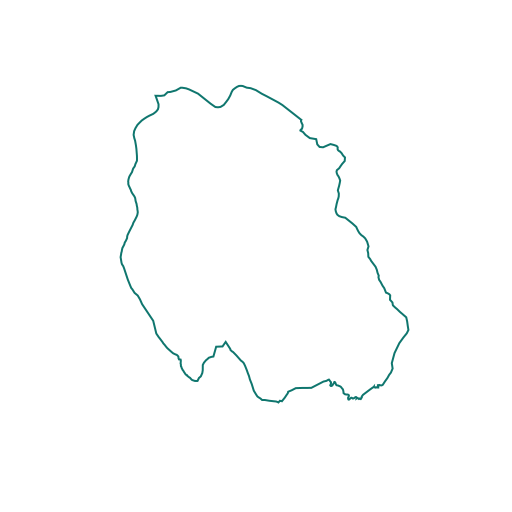 Abra, Abra, Philippines (Mercator projection), rotated 310°
{"feature_id": "2640588B11393510524278", "entity_name": "Abra", "entity_type": "district", "adm_level": 2, "iso_a3": "PHL", "parent_name": "Philippines", "parent_adm1": "Abra", "projection": "mercator", "projection_center": [120.786, 17.564], "detail": "fine", "context": "isolated", "style": "outline", "palette": "teal", "viewbox_px": 512, "rotation_deg": 310, "n_neighbors": 0, "source": "geoboundaries", "source_scale": "gbopen_adm2", "svg_char_len": 5932}
<svg xmlns="http://www.w3.org/2000/svg" viewBox="0 0 512 512"><g transform="rotate(310 256 256)"><path d="M389.4,203.2L388.6,179.2L388.0,174.7L386.7,168.4L385.2,161.3L384.0,156.1L383.0,149.3L381.1,144.0L379.0,140.7L377.7,136.6L376.9,135.4L375.4,133.7L373.3,132.7L370.8,132.0L368.4,131.5L366.1,131.9L363.0,132.9L362.4,133.1L358.3,133.9L354.9,134.1L351.0,134.2L347.4,133.0L345.5,131.3L344.0,129.1L343.5,123.3L343.1,107.2L340.6,97.7L339.5,94.7L337.6,91.5L336.6,90.2L331.3,88.2L326.7,85.0L324.7,83.0L320.1,82.5L317.6,80.3L314.2,76.1L311.7,80.3L309.6,83.8L307.4,85.6L305.3,86.6L302.8,86.7L301.0,86.4L298.8,85.9L294.9,84.1L292.4,83.1L289.5,82.2L286.4,81.4L283.3,81.1L280.2,80.9L276.4,81.5L273.3,82.4L270.1,84.4L268.0,87.1L266.6,89.3L263.4,93.1L261.1,95.6L256.1,100.5L253.8,102.5L252.4,103.6L249.0,104.5L246.6,105.5L244.8,105.6L243.7,105.8L240.5,107.1L238.3,107.4L235.5,107.9L234.0,108.5L232.5,109.2L230.9,110.2L229.9,111.3L229.1,111.8L228.5,112.7L227.8,114.0L227.3,115.2L226.9,115.9L226.2,117.6L225.6,118.4L224.7,120.3L224.3,121.6L223.7,123.9L223.3,125.0L222.7,126.2L220.7,128.5L219.0,131.2L218.4,131.8L216.6,134.1L215.4,135.2L214.4,136.4L213.4,137.4L211.3,138.6L209.6,139.2L205.4,140.2L203.7,140.5L202.6,140.7L200.6,141.5L193.2,143.2L191.2,143.7L189.3,144.2L188.1,144.8L186.9,145.7L185.6,146.1L183.6,146.6L182.0,146.8L180.1,147.7L178.3,148.1L176.3,148.5L174.7,149.3L173.0,150.3L171.8,150.8L170.2,151.8L168.1,153.0L164.4,157.3L163.5,158.7L162.9,160.8L161.8,162.8L155.5,173.0L152.3,179.0L151.3,181.0L151.0,182.7L149.7,186.7L149.7,190.8L148.2,195.0L145.9,199.7L140.3,218.9L132.5,229.5L131.3,233.7L131.0,235.3L129.9,240.0L129.5,241.1L129.2,243.2L128.7,245.5L128.4,247.3L128.2,252.9L128.2,255.1L128.9,257.8L129.3,258.7L129.3,259.9L129.1,261.1L128.6,261.7L128.0,262.2L127.3,263.5L128.2,264.8L128.0,265.1L127.6,265.6L125.3,267.3L125.1,267.4L125.0,267.6L124.8,268.0L124.0,268.7L123.3,269.4L123.2,269.9L122.3,271.3L122.1,271.9L121.5,273.2L121.5,273.9L121.2,274.5L121.0,275.0L120.9,275.4L120.7,276.1L120.1,278.1L120.1,278.9L120.1,279.7L120.3,279.8L120.0,280.9L120.1,281.4L120.1,282.9L120.3,283.8L120.1,284.7L119.9,286.4L120.1,287.2L120.5,288.2L121.0,289.5L121.8,290.5L122.7,291.5L125.9,290.7L128.3,291.1L131.8,290.1L134.3,288.6L138.3,285.3L140.8,284.7L144.0,284.7L145.5,285.0L146.9,285.2L147.6,285.2L150.1,286.7L151.6,288.0L160.9,283.8L165.2,288.5L170.7,288.0L168.3,295.9L167.6,296.9L167.5,299.0L167.7,300.2L167.3,304.2L167.2,305.1L166.2,311.6L166.3,313.7L166.1,315.3L165.7,316.3L164.8,318.3L162.6,322.4L161.0,325.1L159.6,327.7L157.5,330.7L155.2,335.0L151.4,340.9L149.9,345.3L149.3,347.4L149.4,348.8L149.7,351.1L149.6,353.2L151.3,355.2L153.7,359.3L157.5,365.0L158.1,366.6L158.2,367.3L160.5,367.4L160.7,368.0L161.1,368.4L161.3,368.8L161.4,369.2L166.0,369.1L169.6,368.7L171.2,368.6L172.7,367.9L176.2,369.7L180.3,371.4L183.4,374.8L190.5,383.1L203.2,388.4L205.6,390.2L207.5,390.9L208.2,391.3L208.0,392.3L207.6,393.6L207.5,394.6L206.5,395.4L204.7,396.0L204.5,396.7L204.7,397.1L205.0,397.4L205.5,397.6L206.0,397.7L206.5,397.6L207.7,397.4L208.7,397.5L209.0,397.4L209.4,397.1L209.6,397.0L209.8,397.0L210.0,397.1L210.1,397.3L210.1,397.6L209.9,398.3L209.0,399.9L208.8,400.5L208.8,400.8L209.0,401.2L209.5,402.0L209.7,402.7L210.1,403.9L210.3,404.8L210.2,405.7L209.9,406.9L209.7,408.3L208.7,409.7L207.2,411.3L207.3,413.1L208.2,414.6L208.8,415.3L209.1,416.1L208.9,416.8L208.1,417.3L206.7,417.6L205.9,418.3L205.7,418.6L205.6,418.9L205.5,419.1L205.6,419.4L205.7,419.5L206.0,419.6L207.6,419.8L208.6,420.0L208.8,420.2L208.9,420.5L209.0,420.9L209.0,421.7L209.1,421.9L209.5,422.1L210.2,422.5L211.5,422.8L211.9,423.0L212.2,423.2L212.3,423.5L212.3,424.0L212.3,424.3L212.2,424.5L211.7,424.7L212.3,424.9L212.6,425.3L212.6,425.8L212.6,426.8L212.8,426.9L213.2,426.9L213.5,427.0L213.6,427.4L213.6,427.9L213.7,428.2L214.2,428.2L214.7,427.9L215.0,428.0L215.6,428.0L215.8,427.7L216.2,427.4L216.8,427.3L217.4,427.3L218.4,427.2L227.2,429.2L231.4,430.3L231.5,430.3L231.2,430.5L231.3,430.8L231.5,431.0L231.9,432.0L232.0,432.0L232.4,432.1L232.6,432.2L232.6,432.3L232.7,432.8L233.1,433.1L233.5,433.8L233.7,434.1L233.8,434.2L234.1,433.9L234.7,433.6L235.0,433.3L235.1,433.2L234.9,432.9L235.0,432.8L235.2,433.0L235.3,433.1L235.5,433.0L235.6,432.9L235.7,432.7L235.8,432.8L236.0,433.0L236.1,433.3L236.2,433.5L236.5,433.5L236.9,434.4L237.3,435.0L237.6,435.4L237.8,435.5L238.8,435.9L242.9,435.4L247.0,435.1L250.6,434.4L253.4,434.3L257.6,433.0L261.2,428.9L270.7,424.5L281.4,421.8L288.3,421.3L293.7,421.2L297.3,420.3L300.0,417.2L303.0,413.9L305.6,410.5L305.7,402.0L306.0,398.2L306.0,395.7L306.2,392.7L306.5,392.2L308.1,390.4L308.6,386.8L312.1,384.1L312.4,382.8L312.1,380.9L311.5,379.1L313.8,374.9L314.6,372.0L316.2,368.1L316.9,365.6L318.5,363.4L319.8,362.7L321.2,360.0L323.1,357.4L324.6,354.5L326.3,347.2L327.0,345.5L327.6,342.6L330.3,340.1L332.2,337.5L335.7,336.0L338.4,331.9L339.7,328.3L339.9,325.7L339.7,323.3L340.0,320.6L340.8,318.2L341.8,315.9L342.7,314.1L342.9,308.9L342.8,304.5L342.7,299.8L341.0,296.7L340.0,294.1L339.9,291.9L340.3,290.5L341.1,289.1L341.6,288.3L342.9,286.8L344.8,285.9L347.7,284.3L351.3,282.6L353.0,282.0L354.8,281.1L357.1,279.3L358.9,276.5L361.3,275.4L362.9,274.7L365.6,273.3L367.9,272.0L369.0,270.2L370.0,268.1L370.4,266.5L371.2,264.9L372.3,263.5L373.7,262.8L376.7,263.3L379.3,263.0L382.0,262.8L385.8,262.9L388.7,260.8L388.9,258.5L389.2,257.3L389.8,255.5L389.9,254.5L389.9,254.0L390.1,253.4L389.9,252.8L389.8,251.8L389.8,251.1L389.9,250.6L390.3,249.8L391.7,248.8L392.1,247.8L392.0,246.6L391.2,244.5L390.7,243.4L389.6,241.1L382.4,237.5L380.4,234.6L380.9,231.2L384.2,227.0L380.9,221.4L380.6,216.0L381.2,212.2L380.6,209.4L380.8,209.2L381.6,209.1L382.6,209.4L382.9,209.4L383.2,209.3L383.5,209.2L383.8,209.1L384.4,208.8L385.1,208.4L385.5,208.2L385.7,207.9L386.0,207.7L386.3,207.5L386.4,207.4L386.7,206.8L386.8,206.5L387.1,205.7L387.4,205.4L387.9,204.2L388.2,203.8L388.6,203.5L388.8,203.4L389.3,203.2L389.4,203.2Z" fill="none" stroke="#0f766e" stroke-width="2"/></g></svg>